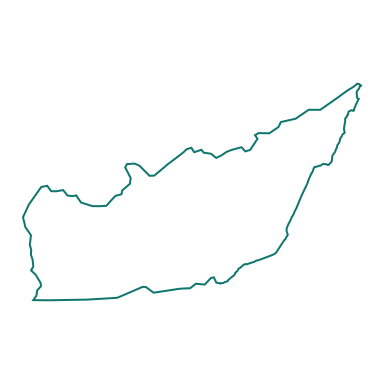 the district of Mbere, Adamaoua, Cameroon
{"feature_id": "32672807B16068661668461", "entity_name": "Mbere", "entity_type": "district", "adm_level": 2, "iso_a3": "CMR", "parent_name": "Cameroon", "parent_adm1": "Adamaoua", "projection": "albers", "projection_center": [14.525, 6.605], "detail": "fine", "context": "isolated", "style": "outline", "palette": "teal", "viewbox_px": 384, "rotation_deg": 0, "n_neighbors": 0, "source": "geoboundaries", "source_scale": "gbopen_adm2", "svg_char_len": 2643}
<svg xmlns="http://www.w3.org/2000/svg" viewBox="0 0 384 384"><path d="M33.3,300.1L48.5,300.3L87.5,299.6L117.2,297.8L132.6,291.2L142.5,286.9L145.8,287.0L153.6,292.7L180.0,288.7L190.1,288.2L196.0,283.7L204.7,284.6L210.8,278.1L213.8,277.3L216.3,282.6L219.9,283.4L219.9,283.2L222.5,283.1L223.2,283.0L225.1,282.0L227.3,281.3L228.0,280.9L228.3,279.9L232.6,276.3L233.7,275.7L234.6,274.6L235.4,272.7L237.3,271.1L238.3,269.3L238.8,268.5L240.1,267.9L243.6,264.8L244.8,264.2L245.7,264.1L246.6,264.3L254.5,261.7L256.3,260.6L257.4,260.4L259.0,260.0L271.8,255.2L274.5,254.0L276.4,252.3L277.0,251.3L281.0,245.1L284.3,240.1L284.8,239.8L285.7,238.7L286.2,237.4L287.7,235.0L287.7,234.4L286.5,230.7L286.6,228.6L287.3,227.1L287.3,226.4L287.7,225.6L291.4,218.3L291.5,217.4L293.2,215.0L295.1,210.5L295.8,209.2L296.5,208.0L297.3,205.9L301.6,195.5L306.3,185.7L307.6,182.9L308.0,181.2L309.4,177.9L311.5,173.2L311.9,172.9L312.8,171.1L313.9,167.9L314.6,167.0L316.0,166.8L316.4,166.8L318.9,165.8L319.6,165.7L320.6,165.6L322.5,164.2L323.4,164.0L325.0,164.1L327.1,164.5L327.9,165.0L328.6,164.8L331.2,162.2L332.0,160.3L332.2,156.4L332.6,155.3L334.5,152.7L335.3,151.5L335.4,151.1L335.7,149.8L336.9,147.6L337.3,145.3L338.9,143.1L339.5,141.8L340.3,138.3L341.6,136.6L342.8,134.0L344.2,133.3L344.7,132.3L344.5,131.8L343.9,128.8L345.2,121.0L345.2,120.1L345.1,119.2L345.4,118.1L346.6,117.2L346.9,115.7L347.8,115.1L347.8,114.1L348.6,111.8L349.1,111.3L351.6,110.2L352.8,110.8L353.7,110.7L354.1,110.1L353.9,109.4L354.2,108.9L356.0,104.4L358.7,98.9L357.5,98.3L357.1,97.7L356.6,92.3L357.5,90.4L359.2,88.4L359.6,86.8L361.0,85.6L360.6,85.1L359.8,84.9L359.3,84.1L358.2,84.1L357.1,83.7L356.9,84.1L352.9,87.2L347.9,90.2L341.9,94.5L339.4,96.4L321.0,109.3L320.3,109.8L308.7,109.8L296.7,118.0L295.7,118.7L281.5,121.9L280.8,122.1L278.5,127.0L269.3,133.3L258.5,133.1L255.0,135.2L257.5,138.8L250.2,149.9L245.3,151.4L241.6,147.3L240.0,147.6L231.7,149.9L226.7,151.8L221.1,155.6L216.2,157.9L210.9,153.7L203.7,152.7L201.4,149.8L194.2,152.2L191.4,147.8L186.6,149.2L183.4,152.4L174.6,159.1L167.7,164.3L157.4,173.0L154.3,175.6L149.5,175.8L145.2,171.5L139.5,165.7L134.5,163.6L126.9,164.1L125.2,167.4L130.7,178.1L130.0,183.0L129.9,183.8L126.0,187.2L122.4,190.2L121.4,194.3L115.7,195.8L114.1,197.2L106.3,205.8L99.3,206.2L92.3,206.1L81.0,202.5L76.1,195.4L73.0,196.1L67.6,195.6L63.1,190.1L56.0,191.3L51.2,191.2L47.2,185.8L41.3,187.0L40.8,187.8L39.8,189.0L28.9,204.5L23.0,217.2L25.4,227.2L31.0,235.3L29.8,244.8L31.2,249.9L30.9,254.8L32.6,259.6L33.3,266.5L31.1,270.4L35.7,274.8L38.6,279.6L39.8,281.7L40.6,283.0L41.0,286.2L37.2,290.4L36.4,295.7L33.3,300.1Z" fill="none" stroke="#0f766e" stroke-width="2"/></svg>